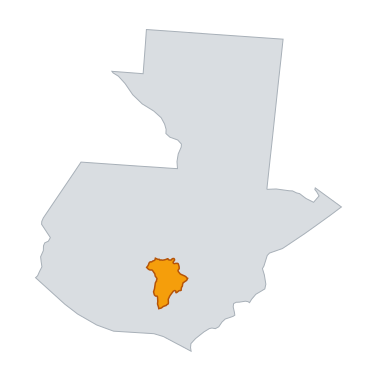 location of Guatemala within Guatemala, rotated 4°
{"feature_id": "GTM-1951", "entity_name": "Guatemala", "entity_type": "Department", "adm_level": 1, "iso_a3": "GTM", "parent_name": "Guatemala", "parent_adm1": "", "projection": "mercator", "projection_center": [-90.486, 14.587], "detail": "fine", "context": "in_parent", "style": "filled", "palette": "amber", "viewbox_px": 384, "rotation_deg": 4, "n_neighbors": 0, "source": "natural_earth", "source_scale": "10m", "svg_char_len": 3456}
<svg xmlns="http://www.w3.org/2000/svg" viewBox="0 0 384 384"><g transform="rotate(4 192 192)"><path d="M41.9,288.4L43.8,286.4L45.5,281.8L47.5,277.1L46.3,271.6L45.5,267.2L47.8,260.8L47.6,256.0L48.7,253.0L52.1,251.1L53.9,247.4L44.2,234.7L44.2,231.8L45.5,228.2L53.3,214.7L62.7,198.5L73.0,180.7L79.2,169.9L101.9,169.9L116.9,169.9L136.0,169.9L156.7,169.8L170.3,169.8L175.9,169.7L174.9,162.7L175.6,155.0L178.1,148.0L178.1,144.9L174.1,141.1L166.2,138.9L161.9,135.5L161.8,131.3L159.9,126.1L156.1,120.1L148.2,113.9L136.2,107.6L126.1,99.1L117.6,88.4L110.5,81.6L105.0,78.7L103.7,77.2L119.8,77.3L135.0,77.4L135.1,62.1L135.2,48.5L135.2,33.1L162.8,33.1L195.6,33.2L229.7,33.2L256.5,33.2L272.2,33.2L271.5,52.3L270.6,74.4L270.0,90.6L269.2,112.2L268.4,134.2L267.2,164.2L266.5,183.6L266.8,184.1L275.8,183.1L289.0,184.0L292.2,183.9L296.3,185.6L299.4,186.1L306.1,190.5L314.0,193.8L319.0,187.1L316.4,183.1L314.4,181.0L314.7,179.3L342.1,196.5L338.9,199.2L331.9,205.3L319.3,215.8L307.9,225.2L297.0,233.7L287.2,241.3L286.1,242.1L273.6,247.5L271.5,250.0L268.9,260.9L267.6,263.5L269.9,269.5L272.1,278.8L271.4,283.6L262.8,289.6L258.9,294.9L257.1,298.4L255.6,297.5L252.9,297.2L246.8,298.6L243.8,298.9L241.3,300.4L241.1,303.7L242.7,309.1L243.3,311.9L241.6,313.2L234.0,316.4L231.0,319.6L228.1,324.6L224.8,326.7L221.4,326.3L218.9,327.0L213.7,330.7L205.8,337.9L201.5,343.3L201.4,347.3L202.2,350.9L173.5,338.2L163.9,336.0L123.5,336.3L106.2,331.3L86.4,321.7L73.1,312.9L41.9,288.4Z" fill="#d9dde1" stroke="#a8b0b8" stroke-width="1"/><path d="M156.2,272.7L155.5,272.7L154.8,272.5L153.8,272.0L152.0,270.4L153.4,268.3L154.1,265.9L154.5,265.2L154.8,264.9L155.2,264.7L155.3,264.6L155.5,264.6L155.8,264.6L156.2,264.6L156.6,264.5L157.7,263.6L158.1,263.4L158.9,263.1L159.3,262.8L159.5,262.6L159.7,262.4L159.8,262.2L159.9,261.8L160.1,260.6L162.8,261.6L163.9,261.4L164.4,262.0L164.8,262.2L165.2,262.1L165.5,261.9L166.0,261.9L167.1,262.1L169.0,261.7L170.9,261.0L172.1,260.3L172.7,260.3L173.0,261.0L173.6,261.3L174.3,261.4L175.2,261.4L176.2,261.1L176.5,260.7L176.6,260.3L177.3,259.8L178.5,259.6L179.1,260.1L179.4,261.0L178.5,262.6L178.3,262.8L178.1,263.2L178.1,263.5L178.1,263.9L178.3,264.1L178.4,264.3L178.5,264.4L178.7,264.5L178.9,264.6L179.3,264.7L179.8,264.6L180.9,264.3L182.6,264.2L183.1,264.4L183.2,264.6L183.6,265.3L184.3,267.2L184.6,269.1L184.4,269.7L184.3,269.9L184.2,270.0L183.9,270.4L183.6,270.9L183.5,271.3L183.6,271.6L183.6,271.8L184.0,272.4L185.5,274.1L186.2,274.7L190.6,276.3L191.6,276.8L192.1,277.2L192.9,278.1L193.7,278.4L193.0,280.1L192.7,280.7L192.5,280.8L191.9,281.2L189.4,283.3L189.0,285.1L189.0,286.3L188.8,286.9L188.6,287.3L188.3,287.5L188.2,288.0L188.1,288.4L188.0,290.8L187.1,291.2L186.4,291.2L185.8,291.4L185.4,291.9L184.0,293.2L183.5,293.5L183.2,293.6L183.0,293.4L182.9,293.3L182.9,293.1L182.8,292.1L182.6,291.9L182.4,291.7L181.8,291.5L181.5,291.6L180.3,292.2L177.2,297.0L175.8,300.6L176.2,304.2L176.1,305.1L175.7,305.6L175.4,305.8L175.1,306.0L174.8,306.1L174.6,306.3L174.0,307.1L173.8,307.2L173.7,307.2L173.2,307.3L172.6,307.6L171.2,308.3L169.8,309.6L169.2,310.0L167.0,310.7L166.6,309.1L165.7,306.9L165.4,306.0L165.5,303.5L165.0,299.5L164.7,298.5L164.5,298.4L164.3,298.3L163.3,298.4L162.7,298.2L161.6,297.2L160.6,294.3L161.3,291.4L161.8,285.2L162.2,284.2L162.8,283.5L162.7,282.6L163.1,281.2L163.0,280.6L162.9,280.5L162.2,279.6L161.2,278.5L160.6,276.2L158.3,273.3L157.5,272.6L157.3,272.6L157.1,272.6L156.2,272.7Z" fill="#f59e0b" stroke="#b45309" stroke-width="1.5"/></g></svg>